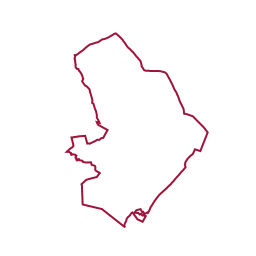 the district of Francisco León, Chiapas, Mexico, rotated 67°
{"feature_id": "50627088B381866227431", "entity_name": "Francisco León", "entity_type": "district", "adm_level": 2, "iso_a3": "MEX", "parent_name": "Mexico", "parent_adm1": "Chiapas", "projection": "orthographic", "projection_center": [-93.285, 17.291], "detail": "fine", "context": "isolated", "style": "outline", "palette": "rose", "viewbox_px": 256, "rotation_deg": 67, "n_neighbors": 0, "source": "geoboundaries", "source_scale": "gbopen_adm2", "svg_char_len": 4908}
<svg xmlns="http://www.w3.org/2000/svg" viewBox="0 0 256 256"><g transform="rotate(67 128 128)"><path d="M159.4,186.8L161.6,192.8L163.0,192.9L180.6,199.6L182.1,197.7L192.4,183.7L218.3,169.5L216.5,169.6L215.2,168.7L214.4,167.9L213.8,167.2L213.5,166.8L212.7,165.9L212.0,165.3L211.6,165.1L211.1,164.7L210.6,164.0L210.1,163.1L209.8,162.1L209.6,161.7L209.4,160.8L209.1,160.2L208.8,159.9L208.2,159.0L207.8,158.3L207.6,157.6L207.5,156.8L209.9,156.3L215.4,155.0L215.8,154.9L220.0,151.2L216.1,146.1L214.8,147.6L214.7,147.5L214.2,147.2L214.3,148.8L213.5,149.2L212.5,149.2L212.0,149.5L212.3,150.9L210.3,151.7L208.7,154.7L208.1,154.5L207.8,153.8L207.1,152.8L207.0,151.9L207.6,148.2L208.7,148.1L210.0,147.9L211.5,147.4L211.5,147.0L211.4,146.7L213.6,146.5L213.6,145.6L213.2,142.6L213.7,142.6L213.5,142.3L213.2,141.9L212.7,141.2L212.2,140.6L210.8,139.1L209.8,138.2L208.1,135.6L207.4,134.5L207.1,134.2L206.7,133.7L206.5,133.4L206.4,133.2L206.0,132.6L205.7,132.3L205.6,132.1L205.3,131.4L204.8,130.7L204.7,130.7L204.2,129.7L203.6,128.7L203.3,128.3L203.0,127.4L202.9,127.3L202.8,127.2L202.7,126.9L202.0,125.8L201.9,125.7L201.6,124.9L201.4,124.3L201.0,123.1L200.9,122.8L200.6,121.9L200.5,121.5L200.2,120.9L200.1,120.6L199.9,120.2L199.8,119.8L199.7,119.4L199.5,118.7L199.3,118.2L199.1,117.8L199.0,117.4L198.9,117.1L198.8,116.8L198.6,116.3L198.5,116.0L198.4,115.6L198.2,115.1L197.6,114.2L197.5,113.5L197.3,113.0L197.3,112.9L196.9,112.1L196.7,111.1L195.7,109.3L194.7,106.9L193.6,104.9L192.2,102.0L191.1,99.5L189.7,96.9L189.3,96.0L188.5,94.1L186.6,90.3L184.3,90.1L184.2,89.7L182.4,89.0L181.0,87.3L179.7,85.3L178.2,81.9L177.3,78.5L174.2,75.1L173.8,74.7L177.5,70.4L163.2,56.4L157.0,58.0L146.8,62.1L142.6,63.7L138.0,68.7L137.8,69.0L137.1,70.1L136.8,70.7L136.4,70.6L133.9,69.9L132.3,69.4L126.6,69.7L123.7,69.9L118.3,69.5L117.2,69.7L115.5,69.6L114.2,69.6L110.6,70.2L109.0,70.2L108.7,70.2L106.7,70.2L105.8,70.2L99.6,70.6L95.8,71.0L93.2,71.3L91.2,72.3L89.9,74.0L88.6,75.6L87.2,78.2L86.2,80.7L85.7,81.8L83.9,85.9L83.2,86.8L83.1,87.0L82.7,88.4L82.5,88.8L81.5,90.1L81.2,90.5L78.9,90.9L78.5,90.9L76.6,91.4L75.8,91.0L72.9,90.5L72.1,90.5L71.2,90.3L70.9,90.4L70.1,90.7L68.2,91.4L67.9,91.4L66.8,91.7L66.3,92.0L64.4,92.6L63.7,92.8L62.8,93.0L61.5,93.4L60.4,93.6L58.9,94.4L56.6,95.2L54.7,96.1L54.1,96.5L51.4,97.2L50.7,97.3L49.7,97.4L46.5,98.2L44.8,98.5L43.6,99.0L43.1,99.2L42.1,99.4L41.3,99.8L41.0,100.0L40.4,100.2L36.1,102.3L36.0,104.4L36.2,105.1L36.8,109.3L36.9,109.6L37.0,113.9L36.8,114.8L36.6,116.4L36.4,117.0L36.4,117.4L36.6,118.3L37.3,121.8L37.3,122.0L37.1,123.0L36.6,127.6L36.6,127.8L36.3,130.3L36.3,130.6L37.2,134.4L38.7,138.7L39.9,144.0L40.0,144.4L40.5,146.4L40.7,147.2L40.8,148.2L40.8,148.3L40.2,148.3L39.3,148.4L39.8,148.6L40.2,148.6L40.7,148.6L41.4,148.7L42.0,149.0L42.5,149.4L42.9,149.8L43.0,150.0L43.7,150.2L44.4,150.1L44.8,150.1L45.1,150.3L45.5,150.6L46.0,150.6L46.4,150.7L47.2,150.9L47.7,151.1L48.1,151.3L48.3,151.3L48.6,151.3L49.1,151.3L49.6,151.6L50.0,151.9L50.3,152.0L50.9,152.3L51.2,152.4L51.9,152.4L52.2,152.4L52.6,152.1L53.1,151.9L53.3,151.9L53.8,151.8L54.1,151.2L54.3,150.9L54.4,150.6L55.7,150.8L56.1,150.8L56.5,150.5L57.1,150.3L57.6,150.2L58.3,150.0L58.9,150.0L59.8,149.8L60.5,149.7L60.9,149.8L61.5,149.7L62.3,149.7L62.7,149.8L63.4,149.8L63.9,150.0L64.5,150.1L65.1,149.9L65.4,150.1L65.6,150.5L66.0,150.8L66.3,151.2L66.5,151.4L66.7,151.6L66.9,151.9L67.2,151.9L68.5,151.7L70.5,151.3L70.9,151.2L71.6,151.1L72.3,150.8L73.0,150.2L73.3,149.8L74.3,149.5L76.4,148.6L78.0,148.3L78.8,148.7L79.5,148.8L80.4,149.1L81.2,149.0L82.0,149.0L85.3,149.5L85.9,149.5L86.0,149.5L86.9,149.7L87.0,149.7L87.3,149.8L87.8,149.8L88.5,149.9L90.9,151.2L92.0,150.3L93.5,150.5L97.5,150.9L99.9,150.9L103.5,151.5L106.2,152.6L106.8,152.6L109.2,152.3L109.6,152.3L112.2,152.2L110.4,154.4L113.1,154.4L115.0,153.0L121.9,147.6L123.6,149.8L124.1,150.5L126.4,153.4L127.4,154.6L127.2,155.2L127.2,155.6L127.0,156.2L127.0,156.7L127.1,157.1L127.3,157.6L127.7,158.9L127.5,159.7L127.1,160.2L126.8,161.0L127.0,162.0L127.1,162.7L127.2,163.4L127.2,163.6L127.3,165.9L127.3,166.2L127.4,168.3L127.5,169.3L127.3,169.4L126.9,170.2L126.4,171.6L124.5,171.3L118.5,170.5L116.9,175.2L116.8,175.4L115.5,180.5L115.3,181.6L114.6,183.7L120.8,184.7L123.2,185.2L123.8,186.4L124.1,187.6L124.1,187.9L124.5,189.6L126.0,193.6L126.8,191.7L127.7,191.1L128.0,190.9L128.5,190.3L130.1,190.8L130.3,190.8L130.7,190.4L130.4,189.5L131.8,187.3L133.3,186.3L134.4,187.8L135.0,187.9L135.5,187.4L137.0,187.9L137.8,187.7L138.0,187.6L138.1,186.9L137.2,186.2L137.5,185.3L138.6,185.2L139.0,184.9L139.2,184.6L139.4,184.1L140.1,183.2L140.3,182.9L140.6,183.0L141.0,182.7L141.4,182.8L141.9,182.4L142.1,182.0L142.6,181.3L143.1,180.7L144.6,177.1L145.1,175.5L146.7,175.7L147.8,175.8L148.8,174.5L149.3,173.9L150.3,173.2L151.7,173.5L153.2,174.3L154.2,174.5L155.2,174.0L156.2,173.3L157.4,172.2L158.5,171.6L160.6,175.4L161.0,176.0L160.6,177.8L159.7,183.9L159.4,186.8Z" fill="none" stroke="#9f1239" stroke-width="2"/></g></svg>